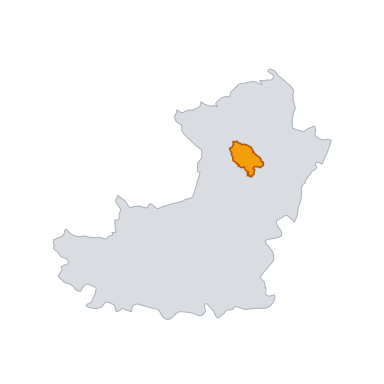 Pita, Pita, Guinea shown in context, rotated 107°
{"feature_id": "49546643B45846614697329", "entity_name": "Pita", "entity_type": "district", "adm_level": 2, "iso_a3": "GIN", "parent_name": "Guinea", "parent_adm1": "Pita", "projection": "robinson", "projection_center": [-12.584, 10.91], "detail": "fine", "context": "in_parent", "style": "filled", "palette": "amber", "viewbox_px": 384, "rotation_deg": 107, "n_neighbors": 0, "source": "geoboundaries", "source_scale": "gbopen_adm2", "svg_char_len": 6411}
<svg xmlns="http://www.w3.org/2000/svg" viewBox="0 0 384 384"><g transform="rotate(107 192 192)"><path d="M233.2,255.3L230.3,254.8L229.0,255.5L225.1,260.6L222.8,262.6L219.1,262.0L217.8,262.4L216.9,261.8L218.2,258.9L220.1,253.3L224.8,247.7L224.9,246.5L223.0,243.2L220.9,238.7L220.9,233.9L220.5,230.4L216.3,229.4L215.5,228.8L215.4,227.7L217.8,221.6L217.9,220.4L217.6,219.3L215.0,216.3L211.0,210.6L204.0,198.9L201.4,196.4L198.9,192.8L198.0,190.6L195.4,189.8L171.1,189.9L170.6,193.0L162.3,195.0L157.1,192.7L151.4,194.0L148.6,195.6L146.4,202.4L145.2,203.9L144.0,206.9L142.9,208.6L141.6,212.0L138.9,216.8L136.0,219.9L131.2,221.5L129.6,226.6L128.5,228.5L126.6,229.9L124.6,230.9L120.6,229.9L118.4,230.8L118.0,229.6L119.3,225.6L118.3,223.5L114.5,219.3L114.1,217.3L112.9,214.7L107.9,209.4L103.2,209.7L104.5,205.3L104.5,199.3L102.9,196.1L103.3,192.7L102.4,193.0L100.9,195.2L98.3,194.5L93.2,191.0L90.6,187.5L90.3,184.6L89.8,183.5L88.2,184.1L85.0,184.0L75.2,178.8L68.3,165.8L68.1,162.8L69.1,157.8L68.9,156.4L65.7,159.7L65.1,157.5L62.7,152.2L62.0,149.2L59.6,147.9L57.8,147.6L56.3,148.7L54.4,154.8L53.0,154.7L51.5,153.4L51.8,148.9L55.6,143.1L61.9,128.7L64.1,125.4L65.6,124.2L68.5,124.1L74.3,122.2L81.5,117.7L86.9,118.0L93.3,117.5L101.7,114.4L101.8,104.7L101.6,102.5L98.6,100.6L96.8,98.9L95.4,96.7L93.5,95.2L93.6,93.6L97.3,91.5L100.7,91.5L101.9,90.7L102.7,89.4L103.7,85.9L104.0,82.2L101.8,77.2L101.9,73.7L114.2,74.2L121.0,75.2L126.5,75.5L127.4,76.3L126.6,79.7L127.3,81.7L129.2,82.2L132.3,79.8L133.9,80.4L137.3,83.3L140.5,84.1L144.0,85.7L147.3,86.6L150.3,86.5L152.5,88.2L156.6,88.7L161.9,86.6L166.0,85.7L171.9,85.4L174.9,86.1L183.9,84.4L190.9,85.4L189.8,86.5L186.6,94.3L187.0,95.7L194.1,102.2L195.8,102.7L197.7,101.8L200.8,98.8L203.2,95.5L205.5,93.9L208.2,94.0L210.4,96.3L215.5,106.1L216.8,107.3L218.0,107.3L220.2,105.5L221.3,103.3L226.0,96.9L233.2,93.7L250.5,101.1L253.1,101.6L254.6,101.1L256.7,96.7L263.2,93.0L266.3,92.0L268.1,91.8L268.8,90.7L269.1,88.9L268.7,87.0L266.7,83.7L266.7,82.8L267.8,82.1L270.3,81.7L273.5,82.0L277.1,83.4L280.1,85.5L281.7,87.9L285.0,98.2L288.7,106.3L288.6,117.1L290.2,118.2L292.0,118.6L292.8,119.5L294.6,123.9L296.3,125.2L298.2,125.5L302.0,128.4L304.4,129.5L304.7,130.4L304.7,131.6L303.7,133.1L300.1,136.0L298.4,138.6L294.7,144.7L294.6,145.9L295.4,146.7L296.9,146.8L298.5,146.4L301.9,144.2L304.6,145.0L307.1,146.7L308.1,148.4L308.3,150.8L307.8,153.8L307.7,157.1L308.6,162.8L309.9,168.5L311.3,170.6L319.8,175.7L320.7,177.5L321.1,179.7L320.5,182.6L319.6,184.2L315.0,188.7L314.3,190.8L314.6,194.7L315.0,211.5L316.9,214.3L319.1,215.7L324.2,214.9L324.1,219.6L323.4,224.8L326.4,226.4L327.9,228.0L328.7,229.5L324.0,232.2L322.6,233.8L322.0,238.2L322.2,242.2L328.6,245.1L331.0,248.4L332.1,251.9L332.5,258.5L331.9,260.0L330.3,260.0L327.1,256.0L322.1,255.6L318.5,254.8L312.3,255.4L311.3,256.6L310.6,265.3L312.1,266.8L315.0,268.4L316.9,269.2L318.5,269.0L319.7,270.0L320.0,272.9L319.2,275.0L317.6,277.0L315.6,282.0L316.0,286.7L312.6,294.1L311.6,295.5L307.0,294.1L304.0,293.6L301.9,295.4L298.9,292.6L298.3,290.3L297.2,289.8L295.2,289.8L293.4,291.1L292.6,293.4L292.2,298.2L288.9,302.7L286.5,308.3L283.8,307.8L283.2,308.4L280.3,309.9L277.8,310.3L277.1,308.8L275.7,307.6L274.1,305.2L272.2,303.3L268.7,301.9L267.3,302.5L265.7,302.4L264.6,301.6L264.7,300.5L266.6,297.6L267.6,294.9L268.2,291.9L268.2,289.1L267.2,285.2L265.6,282.1L265.2,280.3L265.4,277.7L265.0,275.3L264.5,274.1L263.7,269.5L262.8,268.7L262.3,265.0L262.4,261.3L261.1,259.9L258.9,258.9L257.6,257.4L256.9,255.8L256.1,255.3L255.4,255.4L254.8,256.4L254.1,256.6L252.9,253.1L252.3,253.0L251.5,253.8L241.6,257.7L240.3,254.4L238.4,253.8L235.1,255.1L233.2,255.3Z" fill="#d9dde1" stroke="#a8b0b8" stroke-width="1"/><path d="M159.7,139.2L159.4,139.6L158.6,140.0L158.4,139.8L157.9,139.0L157.6,138.2L157.1,137.9L156.5,137.9L155.3,138.4L153.7,138.7L153.2,138.6L152.6,138.4L152.5,138.7L152.3,139.2L152.0,139.4L151.8,140.1L151.5,140.6L151.1,140.4L151.0,140.2L150.7,140.0L150.3,139.9L150.0,139.9L149.6,139.7L149.4,139.5L149.2,139.0L149.1,138.8L149.1,138.4L149.0,137.9L148.9,137.7L148.8,137.2L148.7,136.5L148.6,136.2L148.5,135.6L148.5,135.1L148.8,134.4L148.8,133.9L148.3,133.4L147.8,133.6L147.5,133.0L147.1,132.6L146.6,132.5L146.2,132.3L146.0,131.6L145.6,131.6L145.0,132.0L144.7,132.0L143.9,132.3L143.4,132.0L143.1,132.5L142.7,132.6L142.5,132.8L142.7,133.0L142.9,133.1L143.0,133.3L142.9,133.7L142.7,134.1L142.4,134.5L141.8,134.9L141.4,135.0L141.0,135.1L140.7,135.8L140.2,136.0L139.8,136.2L139.8,136.7L139.8,137.0L139.5,137.0L139.1,137.4L138.9,137.8L138.8,138.2L138.8,138.5L138.8,139.1L138.6,139.8L138.1,140.5L138.1,140.9L137.6,141.4L137.7,141.8L137.6,142.2L137.4,142.6L136.8,143.0L136.8,143.3L136.5,143.9L136.3,145.1L136.2,145.5L135.5,145.0L135.2,144.9L134.9,145.9L133.8,146.4L133.4,146.8L133.4,147.3L133.1,147.8L132.2,148.2L131.7,149.0L131.6,150.7L131.1,152.1L131.2,153.0L130.9,154.1L131.0,154.5L131.2,154.8L131.0,155.1L131.3,156.8L131.7,157.3L131.9,157.5L132.2,158.0L132.0,158.6L131.6,159.3L131.4,159.8L131.4,160.7L131.8,160.9L131.9,161.1L131.2,162.3L131.0,163.3L130.8,163.3L130.7,163.1L130.3,163.5L130.4,164.1L130.6,164.6L131.1,164.9L131.3,165.4L131.4,165.8L131.5,166.6L131.6,167.2L132.5,167.4L132.8,167.3L133.4,166.7L134.1,165.9L134.4,166.0L134.8,166.3L135.1,166.6L135.6,166.7L136.1,166.5L136.6,166.5L137.1,166.8L137.3,167.2L138.0,167.2L138.3,167.8L138.5,168.1L138.8,168.0L139.0,168.2L139.0,168.5L139.3,168.8L140.0,168.6L140.4,168.4L141.0,167.7L141.1,167.4L141.5,167.1L142.9,165.6L143.2,165.5L143.4,165.4L143.9,165.4L144.2,165.5L144.6,165.3L145.5,164.5L145.9,164.3L146.4,163.5L147.0,163.1L147.4,162.7L147.7,162.6L148.0,162.3L148.5,162.1L148.7,162.3L148.8,162.5L149.3,162.3L149.8,162.0L150.3,161.4L150.3,160.9L150.6,160.3L150.7,159.7L150.7,159.0L152.1,157.3L151.6,157.2L151.7,156.8L152.2,155.8L152.4,155.0L153.0,155.3L153.7,155.3L153.6,153.8L154.2,152.6L154.3,151.7L153.6,150.8L153.1,150.1L152.7,149.5L152.6,149.2L153.4,148.9L154.1,148.8L154.4,148.6L154.4,148.4L155.1,147.5L155.3,147.0L155.5,146.8L155.8,146.5L156.1,145.9L156.2,145.2L156.2,145.3L156.3,145.2L156.3,144.8L156.3,144.4L156.3,143.9L156.4,143.4L156.6,143.4L156.8,143.4L157.0,143.5L157.1,143.8L157.2,144.0L157.2,144.4L157.3,144.6L157.6,144.8L157.9,144.8L158.0,144.7L158.4,144.3L158.5,144.3L158.7,144.0L159.6,143.9L159.0,143.5L158.9,143.0L158.8,142.6L159.1,142.3L159.6,142.7L159.5,142.4L160.1,141.9L160.4,141.4L160.1,140.2L159.9,139.6L159.7,139.2Z" fill="#f59e0b" stroke="#b45309" stroke-width="1.5"/></g></svg>